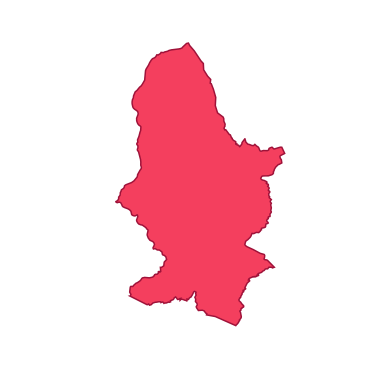 outline of Emiliano Zapata, Tlaxcala, Mexico, rotated 245°
{"feature_id": "50627088B67872726344877", "entity_name": "Emiliano Zapata", "entity_type": "district", "adm_level": 2, "iso_a3": "MEX", "parent_name": "Mexico", "parent_adm1": "Tlaxcala", "projection": "mercator", "projection_center": [-97.939, 19.566], "detail": "fine", "context": "isolated", "style": "filled", "palette": "rose", "viewbox_px": 384, "rotation_deg": 245, "n_neighbors": 0, "source": "geoboundaries", "source_scale": "gbopen_adm2", "svg_char_len": 6039}
<svg xmlns="http://www.w3.org/2000/svg" viewBox="0 0 384 384"><g transform="rotate(245 192 192)"><path d="M124.0,91.7L108.8,103.7L108.8,105.4L107.4,105.6L107.1,107.3L107.9,109.7L107.6,112.0L107.0,113.7L106.8,114.8L105.9,117.0L105.5,117.2L104.9,117.1L104.9,118.1L104.6,119.1L102.9,119.5L103.0,120.0L102.3,121.8L102.1,124.4L101.6,124.9L101.5,126.2L102.6,126.5L102.4,129.4L102.8,130.3L103.6,131.2L103.8,132.8L101.9,133.3L101.0,133.4L100.7,133.5L100.4,134.5L100.6,135.9L100.4,136.6L100.0,135.8L98.9,135.4L99.3,136.4L99.2,137.3L98.3,138.5L97.3,139.4L96.2,140.7L95.5,141.2L95.5,141.5L97.1,142.3L96.1,143.4L97.1,144.9L97.3,146.9L97.8,147.5L98.6,148.8L100.6,151.2L100.9,151.8L100.8,152.4L99.5,153.3L99.0,153.0L98.6,152.4L96.8,152.1L95.4,150.1L93.4,150.1L91.2,148.8L89.3,149.4L88.2,149.3L87.4,149.0L86.4,147.5L86.2,147.3L85.1,147.2L81.9,147.7L80.5,151.4L79.2,152.7L76.4,153.3L75.5,154.0L74.5,153.2L69.3,160.5L52.4,175.2L52.9,176.1L53.1,176.9L54.0,178.8L55.0,180.0L55.4,180.9L56.0,180.9L56.7,182.5L57.3,183.4L58.2,184.0L62.5,185.1L63.6,184.9L64.0,185.2L64.3,186.5L65.5,187.1L65.7,187.6L65.5,188.1L66.1,189.1L65.9,190.0L66.7,190.7L67.5,190.6L69.8,189.8L71.4,189.6L73.3,188.8L74.5,188.9L75.3,190.1L75.8,190.4L75.7,191.1L75.9,191.5L77.2,192.6L78.1,194.1L79.0,194.5L79.7,195.8L79.8,196.6L80.2,196.9L80.8,196.5L81.3,196.8L81.1,197.9L81.6,199.7L81.9,199.8L82.7,199.3L83.9,200.7L86.1,203.5L87.1,206.7L88.2,206.8L88.4,206.6L88.5,206.0L88.9,206.3L89.4,207.2L89.5,208.8L89.4,210.9L88.7,212.7L89.1,212.5L88.2,215.1L88.9,215.5L88.2,216.8L88.5,217.3L89.5,217.3L89.8,217.0L90.1,218.0L89.8,220.5L89.9,221.5L90.4,222.7L90.4,224.3L91.2,225.9L91.0,226.8L90.4,228.1L91.3,229.9L90.1,232.5L89.5,232.6L89.2,232.8L89.0,234.8L98.0,231.6L98.8,231.1L99.8,229.5L100.5,229.0L101.0,229.1L101.8,229.9L103.5,231.0L104.6,231.1L105.0,230.9L107.7,227.8L113.9,223.2L119.2,218.7L120.9,217.8L122.1,217.7L124.5,219.7L124.9,220.6L125.2,222.4L126.4,225.7L127.3,227.0L128.8,228.5L129.1,229.0L128.7,229.4L128.2,230.5L128.2,233.2L127.0,235.3L127.7,237.4L128.4,238.2L128.4,239.0L129.3,239.3L129.6,239.6L129.7,240.0L129.2,242.4L129.2,243.6L129.6,244.1L131.0,244.9L131.7,245.5L131.5,247.5L131.7,248.0L132.5,248.0L133.7,247.5L134.7,247.7L135.4,248.7L135.6,249.9L136.8,250.3L137.1,250.6L137.2,251.0L136.8,252.0L137.0,252.5L139.0,253.3L140.1,255.2L140.5,255.5L141.8,255.5L144.1,257.2L147.1,257.9L147.5,258.2L148.0,259.0L148.3,259.2L149.5,258.8L150.4,258.9L150.8,259.3L151.6,260.7L154.2,259.6L155.0,260.4L155.8,260.1L156.3,260.1L158.2,260.9L158.7,262.1L159.2,262.6L160.0,262.6L160.8,261.9L161.2,261.9L162.0,262.5L162.8,263.5L163.7,263.6L165.1,263.0L165.8,264.1L166.5,264.3L167.3,264.0L168.0,263.1L168.3,263.0L168.7,263.1L169.2,264.1L169.8,264.0L172.0,262.3L173.1,260.8L174.7,260.0L175.4,260.1L176.6,261.8L176.7,262.5L176.2,264.0L174.4,268.0L173.9,271.6L174.0,272.6L174.6,273.7L175.1,274.0L175.7,274.1L176.7,275.4L177.7,276.2L179.2,278.4L180.4,281.8L180.2,282.7L180.4,285.7L183.5,286.6L185.3,286.3L187.0,286.6L187.3,286.9L187.6,287.6L187.8,292.3L194.6,292.3L195.3,291.0L196.2,285.0L196.4,284.5L197.0,284.1L198.5,283.7L198.9,283.0L199.0,280.6L198.8,280.1L197.7,279.2L197.6,278.1L197.7,277.6L199.4,274.2L199.8,271.9L200.2,271.3L201.0,271.0L203.8,271.2L204.8,271.0L206.5,269.9L208.6,269.1L208.2,267.9L208.1,267.3L208.4,266.7L208.9,265.9L210.8,264.1L211.9,262.7L214.8,261.9L216.6,262.3L217.2,262.2L218.1,262.8L215.7,258.3L214.4,257.4L213.0,254.8L213.0,254.3L214.7,254.0L215.6,252.8L216.7,253.0L216.8,252.0L217.2,252.0L218.9,252.9L219.5,252.7L220.4,252.0L221.4,251.4L222.8,250.9L223.7,251.2L224.4,250.7L227.5,250.9L228.4,250.1L234.2,248.9L234.4,248.0L236.1,247.9L237.2,248.9L237.8,249.8L238.2,249.8L239.5,250.7L242.7,250.8L245.1,251.8L246.7,251.9L252.9,248.6L260.4,249.6L267.7,253.5L276.0,254.8L282.0,255.2L282.9,254.5L286.1,256.5L290.4,255.1L297.8,254.2L303.7,256.6L307.1,255.5L318.9,253.7L325.7,251.8L328.5,251.7L328.9,249.9L328.8,249.4L327.2,244.6L326.8,244.0L326.8,242.6L327.1,240.9L329.5,233.5L330.0,231.0L329.9,229.3L330.5,226.3L330.4,225.1L331.6,223.0L330.8,221.8L330.5,219.3L331.2,218.1L329.9,216.3L329.5,215.0L329.5,212.5L328.8,210.9L327.2,208.4L325.4,206.3L322.9,202.5L321.7,201.2L313.4,196.4L310.7,192.6L309.7,190.9L309.1,188.7L307.3,185.0L306.8,182.9L303.9,179.7L302.0,178.5L300.8,177.0L299.0,175.8L297.2,175.0L294.1,174.3L292.7,174.4L291.2,175.0L289.6,176.0L287.9,176.8L285.9,176.4L284.8,175.6L282.3,173.0L280.0,172.0L278.8,171.8L276.8,171.7L275.9,171.9L274.9,172.2L273.5,173.1L272.6,173.2L269.5,171.5L268.1,170.1L264.8,167.4L262.3,164.7L260.0,163.9L259.7,163.1L259.0,162.3L258.1,162.1L257.6,162.4L256.7,162.5L254.8,161.6L254.0,160.7L253.2,160.2L250.8,160.5L243.2,159.1L240.8,158.3L238.0,156.9L235.9,156.6L234.8,156.0L233.4,153.7L230.7,150.0L229.9,149.6L228.7,148.5L226.6,144.1L226.1,141.2L226.5,135.3L226.4,134.4L226.1,133.4L224.9,132.6L224.2,131.4L223.8,129.1L223.6,128.7L222.6,128.0L221.9,126.9L219.5,125.5L218.3,123.3L217.6,123.1L216.3,122.1L215.6,120.4L215.5,119.0L215.3,118.8L214.3,119.3L214.0,119.7L213.8,120.1L213.7,121.5L212.9,122.5L212.2,122.9L210.4,123.0L208.8,122.9L207.8,123.2L206.3,124.4L204.0,126.7L202.3,127.9L200.3,128.5L197.1,127.8L196.2,128.1L195.2,129.0L194.6,129.8L194.3,130.9L194.5,132.2L194.2,132.8L192.6,132.5L190.0,129.9L188.9,129.6L187.1,129.7L185.5,130.2L184.1,131.5L183.0,133.0L179.2,135.2L177.9,135.3L176.4,136.0L175.5,135.8L172.6,133.5L171.5,133.1L168.7,132.9L166.0,133.5L163.7,135.5L162.2,136.0L160.3,135.8L158.8,134.2L158.2,133.3L157.6,133.0L156.9,132.9L156.6,133.0L156.3,134.7L154.2,136.0L153.1,138.0L150.3,139.4L148.0,138.8L147.1,139.1L146.4,140.0L144.5,140.9L141.6,140.5L140.2,137.2L137.0,135.2L136.6,132.4L137.1,131.5L133.2,130.1L133.0,129.6L133.1,128.9L133.8,128.8L134.0,128.3L133.9,127.7L132.6,127.1L132.2,125.7L132.9,124.1L132.8,123.1L132.0,122.4L132.0,121.5L131.5,120.7L131.5,120.3L132.2,117.1L134.6,113.0L135.1,110.7L134.7,109.7L134.0,108.7L133.4,107.2L132.9,104.1L133.0,102.7L132.1,99.8L131.4,98.5L132.3,96.6L132.2,96.3L131.8,95.8L127.6,93.2L127.0,93.2L125.0,93.4L123.9,92.2L124.0,91.7Z" fill="#f43f5e" stroke="#9f1239" stroke-width="1.5"/></g></svg>